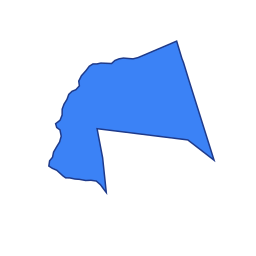 Belém, Paraíba, Brazil (Robinson projection), rotated 58°
{"feature_id": "56859067B74448928425646", "entity_name": "Belém", "entity_type": "district", "adm_level": 2, "iso_a3": "BRA", "parent_name": "Brazil", "parent_adm1": "Paraíba", "projection": "robinson", "projection_center": [-35.506, -6.712], "detail": "fine", "context": "isolated", "style": "filled", "palette": "blue", "viewbox_px": 256, "rotation_deg": 58, "n_neighbors": 0, "source": "geoboundaries", "source_scale": "gbopen_adm2", "svg_char_len": 848}
<svg xmlns="http://www.w3.org/2000/svg" viewBox="0 0 256 256"><g transform="rotate(58 128 128)"><path d="M86.0,187.1L89.8,188.2L93.6,186.7L99.6,189.0L103.6,193.4L106.3,198.8L109.0,203.9L112.8,207.5L114.3,211.9L118.3,215.3L122.0,213.6L126.1,210.8L129.3,209.9L134.0,208.6L137.2,207.3L139.5,203.8L143.1,200.1L145.8,196.4L150.1,191.7L152.7,187.1L156.2,183.0L161.6,181.4L167.1,181.0L171.2,180.6L139.8,165.3L117.6,156.7L112.2,154.6L127.9,135.2L156.0,100.6L169.8,83.6L200.9,72.1L119.9,51.1L102.0,46.3L97.7,45.5L80.1,40.7L73.6,82.2L72.0,87.1L68.9,91.3L66.3,94.8L64.6,98.9L63.8,103.3L64.6,107.8L61.5,112.3L58.5,116.7L57.2,120.4L55.1,123.8L55.1,128.1L57.0,133.0L59.0,139.8L62.1,144.9L66.5,146.9L67.9,151.9L67.2,156.0L68.1,160.4L71.4,164.6L73.8,169.5L77.1,173.8L82.1,177.0L85.4,181.5L86.0,187.1Z" fill="#3b82f6" stroke="#1e3a8a" stroke-width="1.5"/></g></svg>